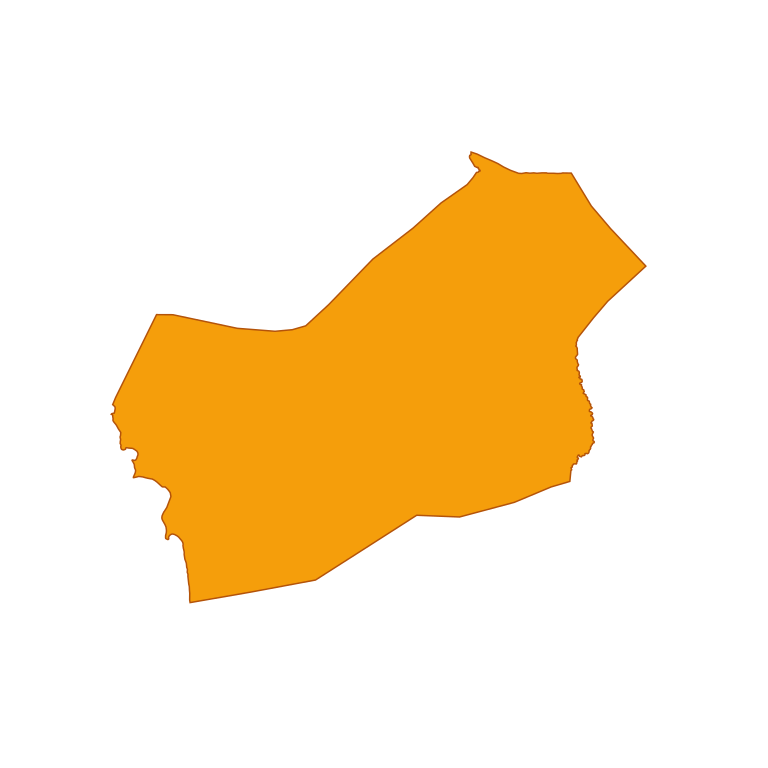 Malchin, Uvs, Mongolia (orthographic projection), rotated 56°
{"feature_id": "93677404B34318857177168", "entity_name": "Malchin", "entity_type": "district", "adm_level": 2, "iso_a3": "MNG", "parent_name": "Mongolia", "parent_adm1": "Uvs", "projection": "orthographic", "projection_center": [93.317, 49.713], "detail": "fine", "context": "isolated", "style": "filled", "palette": "amber", "viewbox_px": 768, "rotation_deg": 56, "n_neighbors": 0, "source": "geoboundaries", "source_scale": "gbopen_adm2", "svg_char_len": 6110}
<svg xmlns="http://www.w3.org/2000/svg" viewBox="0 0 768 768"><g transform="rotate(56 384 384)"><path d="M240.4,182.1L241.6,183.1L242.5,183.5L242.6,183.8L242.6,184.1L242.6,184.4L242.4,185.1L243.3,186.0L244.5,186.6L250.8,186.8L254.3,187.1L254.5,186.8L256.1,186.1L256.9,185.0L257.3,185.0L257.4,185.3L258.5,185.3L258.9,185.1L259.5,185.4L260.3,184.9L260.5,184.9L260.9,185.0L261.1,185.2L261.1,185.7L261.0,186.0L260.7,186.2L260.8,186.7L261.0,187.0L261.1,187.5L260.7,188.3L260.5,188.6L260.4,188.9L260.4,189.2L262.7,194.9L265.2,203.6L265.8,235.4L271.0,272.8L274.2,323.4L287.3,385.6L292.0,416.4L287.7,429.7L279.4,444.8L255.8,474.5L208.5,520.3L199.3,533.8L245.1,614.0L249.4,620.5L250.2,620.2L252.0,619.9L252.7,619.9L253.6,620.3L254.4,620.9L256.5,623.0L257.3,623.9L256.9,624.8L256.4,626.2L256.4,626.5L256.6,627.1L256.9,627.0L257.3,626.4L257.6,626.3L257.9,626.3L258.3,626.4L259.3,627.1L261.1,627.9L262.5,629.0L263.4,629.2L264.9,629.2L266.7,629.0L268.4,628.9L269.7,629.0L272.7,629.3L276.9,629.3L277.3,629.6L279.0,630.9L279.7,631.6L280.2,632.3L281.1,632.8L282.4,633.2L283.2,633.8L284.1,634.7L285.8,636.0L287.0,636.1L288.0,636.5L288.9,637.4L290.0,637.9L291.4,638.1L292.4,637.5L293.1,636.7L293.5,635.0L293.4,634.6L293.0,634.2L292.7,633.9L292.8,633.1L294.5,631.3L296.2,629.1L297.2,628.1L297.9,627.9L298.5,627.5L299.7,627.1L300.9,626.6L301.9,626.4L303.4,626.6L304.5,627.1L305.3,627.8L306.3,629.3L307.2,630.3L307.9,631.6L308.1,632.1L308.1,632.9L307.7,633.7L306.3,635.0L306.3,635.5L306.8,635.7L307.5,635.6L310.9,636.0L312.5,636.8L313.5,637.4L314.5,637.7L316.1,638.0L317.1,638.5L318.6,640.0L321.1,643.9L321.5,644.1L321.7,643.9L322.9,640.8L323.4,639.2L324.6,637.7L326.3,635.8L327.9,634.5L330.2,632.4L333.3,629.2L335.9,627.9L338.5,627.0L343.6,625.8L345.3,625.3L347.1,622.9L350.1,622.2L352.8,622.0L354.6,622.0L358.0,623.5L358.7,624.3L364.9,633.1L366.7,637.2L366.9,637.9L368.1,640.0L369.3,641.8L370.6,642.9L371.3,643.3L372.2,643.6L373.3,643.8L378.2,644.2L380.7,644.7L383.5,646.1L384.9,647.1L385.7,647.8L387.5,649.8L389.2,651.0L389.9,651.3L390.4,651.2L391.1,650.8L391.6,650.5L392.1,650.2L392.2,649.8L392.1,649.2L391.6,648.8L390.9,648.5L390.3,647.9L389.9,647.1L389.7,646.5L389.6,645.6L389.6,644.8L389.8,643.8L390.0,643.4L390.4,642.9L391.6,641.8L394.1,640.5L395.2,640.1L396.3,639.8L399.3,639.5L400.7,639.3L402.4,639.4L403.6,639.7L404.6,640.2L405.5,641.0L408.0,642.2L410.5,643.1L411.8,643.7L413.6,645.0L417.8,647.0L421.8,648.0L423.0,648.6L425.7,650.1L426.7,650.3L427.9,650.7L429.9,652.3L430.3,652.5L431.7,652.8L432.6,653.2L433.6,654.0L437.2,655.9L440.6,657.7L443.1,658.7L446.0,660.5L448.9,662.1L454.4,665.9L456.8,667.0L482.1,610.6L508.2,550.4L509.4,501.7L511.1,430.3L536.5,395.7L555.0,342.1L562.8,303.0L568.7,284.4L560.2,277.4L560.1,276.4L559.6,276.2L558.1,275.8L558.0,275.3L558.1,274.3L557.1,273.7L556.8,273.3L556.7,272.3L556.4,271.9L556.4,271.4L556.8,270.7L556.9,270.4L557.2,269.9L557.7,269.6L557.8,269.2L557.7,268.9L557.2,268.3L556.4,267.7L556.0,266.6L555.4,266.7L555.1,266.6L555.0,266.4L554.8,265.5L554.8,265.0L554.7,264.7L554.4,264.5L554.1,264.4L553.7,264.5L553.1,264.8L552.7,264.7L552.4,264.4L552.1,263.8L551.6,262.8L551.7,262.4L551.9,262.1L552.2,262.0L553.1,262.3L553.4,262.2L554.2,261.6L554.8,261.0L554.7,260.7L554.3,259.8L554.3,259.5L555.1,258.3L555.2,257.8L555.2,257.3L555.0,257.0L554.1,256.3L554.2,256.0L554.9,254.8L555.3,254.6L555.6,254.2L555.6,253.8L555.6,253.1L555.3,252.5L554.7,251.8L554.0,251.3L553.5,250.2L553.5,249.8L553.1,249.0L552.7,248.5L551.8,248.1L551.6,247.8L551.5,247.2L550.9,246.3L550.6,245.2L550.3,244.7L550.0,244.6L549.9,244.3L549.9,243.9L550.0,243.4L550.2,243.0L550.1,242.7L549.9,242.4L549.7,242.1L549.3,242.0L548.6,242.1L548.1,242.4L547.7,242.4L547.3,242.2L546.9,241.8L546.6,241.4L546.3,240.8L545.4,240.3L544.9,240.4L543.2,240.2L542.7,240.0L542.1,239.4L541.4,238.2L540.9,237.3L540.5,237.3L540.2,237.4L539.7,237.6L539.1,237.5L537.3,237.0L536.4,237.1L536.0,236.9L535.6,236.5L535.4,235.2L535.3,234.8L534.1,234.2L533.1,233.7L532.8,233.7L532.4,234.0L532.0,234.2L531.8,233.9L531.6,233.2L531.1,232.5L531.1,232.2L531.2,231.1L531.1,230.5L530.7,230.0L530.3,229.9L529.8,230.1L529.4,230.0L528.5,229.6L527.8,229.6L526.8,229.9L526.4,230.2L526.1,230.4L525.9,230.3L525.6,230.1L525.6,229.7L525.6,229.3L525.8,228.6L525.2,227.7L524.9,227.5L524.5,227.5L523.7,227.7L522.8,228.0L522.1,228.7L521.6,229.0L521.2,228.8L520.6,228.4L520.3,228.1L520.1,227.7L520.1,227.1L520.4,226.0L520.2,225.1L520.0,224.8L519.0,225.1L517.9,224.9L517.2,224.7L516.4,224.0L516.1,224.1L515.3,224.4L514.9,224.3L513.1,223.5L512.7,223.6L511.5,224.4L510.8,224.1L509.2,222.9L508.9,222.8L508.5,222.8L507.5,223.4L507.1,223.3L506.7,223.1L506.3,222.8L505.9,222.6L503.2,224.0L502.5,223.2L502.3,222.3L502.0,222.1L501.5,222.1L500.6,221.7L500.2,221.8L499.3,222.4L498.9,222.4L497.7,221.6L497.1,221.4L496.6,221.4L496.3,221.5L496.0,221.4L495.1,220.7L494.8,220.8L494.6,221.0L494.4,221.3L494.0,221.6L493.5,221.7L493.1,221.6L492.9,221.3L492.8,221.0L492.8,220.5L493.1,219.5L493.1,219.1L493.0,218.7L492.5,218.1L491.6,217.7L491.1,217.5L490.6,217.5L490.3,217.8L489.9,218.2L489.6,218.5L489.2,218.5L488.6,218.2L488.2,218.4L487.7,218.8L487.5,218.7L487.4,218.5L487.4,218.2L487.7,217.5L487.7,217.2L487.3,216.9L486.4,217.1L486.1,217.2L485.7,217.1L485.3,217.0L484.0,215.8L482.9,215.4L482.3,215.4L481.7,215.7L481.2,216.0L480.9,216.2L480.6,216.2L480.2,215.7L479.7,215.6L479.3,215.4L478.7,215.1L478.0,214.6L477.5,213.0L477.3,212.5L477.0,212.2L476.7,211.9L475.7,211.9L475.1,211.8L473.2,211.1L472.7,210.7L472.4,210.5L471.6,210.5L470.5,210.9L469.9,210.9L469.2,210.5L468.7,210.0L467.8,207.1L467.3,206.7L463.6,204.6L462.6,203.9L462.0,203.8L461.5,203.6L460.9,203.6L459.8,203.8L459.7,203.7L459.3,202.7L457.1,201.4L456.9,200.9L456.2,200.1L455.9,199.2L455.3,199.0L455.1,198.9L454.6,197.9L454.2,197.6L454.0,197.3L453.8,196.7L446.3,173.3L440.5,152.3L432.7,101.0L381.8,109.3L352.3,112.6L313.9,110.8L309.0,117.8L308.4,119.4L306.5,122.5L304.1,125.6L300.8,130.5L299.9,131.2L297.4,134.8L294.8,139.4L292.7,141.8L290.8,145.2L288.3,148.1L286.5,152.1L284.6,154.6L277.5,159.7L271.0,163.5L265.0,166.3L259.7,169.5L252.6,174.1L245.5,178.2L240.4,182.1Z" fill="#f59e0b" stroke="#b45309" stroke-width="1.5"/></g></svg>